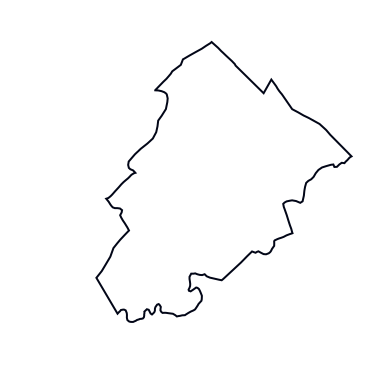 the district of Dangkao, Phnom Penh, Cambodia, rotated 315°
{"feature_id": "14789045B25120607736063", "entity_name": "Dangkao", "entity_type": "district", "adm_level": 2, "iso_a3": "KHM", "parent_name": "Cambodia", "parent_adm1": "Phnom Penh", "projection": "albers", "projection_center": [104.846, 11.473], "detail": "fine", "context": "isolated", "style": "outline", "palette": "ink", "viewbox_px": 384, "rotation_deg": 315, "n_neighbors": 0, "source": "geoboundaries", "source_scale": "gbopen_adm2", "svg_char_len": 3242}
<svg xmlns="http://www.w3.org/2000/svg" viewBox="0 0 384 384"><g transform="rotate(315 192 192)"><path d="M330.0,279.6L330.2,249.4L330.7,243.1L330.3,234.1L329.9,232.7L326.8,221.9L325.0,216.8L323.4,210.8L321.4,204.3L324.7,186.3L324.8,184.7L325.1,182.1L325.6,179.4L326.3,176.9L326.6,175.1L327.6,168.6L312.5,172.8L312.2,133.3L312.7,132.0L312.8,127.7L312.5,119.9L312.4,115.4L312.3,113.1L312.4,108.5L311.9,99.8L310.1,99.7L305.4,98.6L300.2,97.6L293.7,95.7L287.3,93.9L283.1,92.8L280.7,92.2L279.4,91.8L274.0,94.2L266.8,93.2L263.4,92.7L260.5,93.4L254.1,93.9L249.4,93.8L238.0,94.0L237.9,94.1L240.0,96.4L241.8,99.2L243.0,101.9L243.3,103.9L243.2,105.1L241.0,108.6L238.1,111.0L232.2,114.9L224.3,116.7L218.6,117.6L214.0,121.2L209.0,124.4L202.1,126.5L194.8,126.2L186.3,125.2L179.0,125.0L178.1,125.0L168.8,125.7L166.0,127.7L164.4,130.3L164.5,132.3L165.6,135.0L165.6,136.8L165.5,138.4L164.2,137.7L161.8,137.1L160.5,137.0L159.2,137.1L156.4,137.1L153.3,136.8L150.6,136.6L147.4,136.6L143.3,136.9L138.2,137.1L133.7,137.4L131.3,137.4L128.6,137.1L126.6,136.1L126.2,140.0L125.5,142.9L125.2,144.7L125.1,146.8L126.0,148.8L127.7,150.5L129.4,152.7L129.7,155.4L127.8,156.7L124.8,157.6L123.9,159.9L123.0,163.2L122.4,166.4L121.2,171.5L120.2,174.7L118.6,174.7L113.8,174.8L107.5,175.0L103.0,175.4L96.8,176.1L88.5,180.0L79.1,182.4L72.3,184.1L63.7,185.1L53.3,225.4L55.6,225.3L56.7,225.4L58.3,225.2L60.2,226.5L60.9,227.3L61.4,228.8L60.3,231.4L59.1,232.9L57.0,234.9L55.8,236.8L55.9,238.8L56.5,240.1L57.7,241.5L58.4,242.2L59.9,242.8L61.2,243.3L62.6,243.6L64.3,244.5L65.5,245.0L66.8,246.1L67.9,246.7L69.3,246.6L70.7,245.7L71.8,244.6L72.9,243.9L73.7,242.9L77.2,243.0L78.1,244.7L77.5,246.5L76.8,248.7L77.1,250.3L79.1,250.4L80.5,250.3L81.8,249.7L83.4,248.2L84.8,247.5L87.7,247.0L89.2,247.7L89.2,249.2L88.7,251.2L87.2,252.3L85.9,253.5L85.5,255.3L85.7,256.7L87.0,257.8L88.3,259.2L89.4,260.7L90.7,262.4L92.4,264.6L93.1,267.3L93.3,269.3L94.6,270.1L95.8,271.0L97.9,272.3L99.9,274.1L101.5,274.4L104.1,275.0L106.6,275.7L109.4,276.8L111.2,277.2L113.8,276.7L116.1,276.2L117.4,275.8L119.3,275.7L121.7,275.6L123.1,274.7L125.6,272.4L126.4,270.6L127.6,267.7L128.3,265.5L128.1,263.7L127.4,262.5L123.8,261.9L120.8,261.3L120.0,259.6L120.6,258.6L122.0,258.2L124.1,257.2L125.7,255.8L127.5,253.5L128.7,251.8L130.3,250.2L133.7,249.2L135.3,250.8L136.7,251.8L137.6,253.9L138.8,256.0L140.4,257.9L142.8,259.1L142.8,262.0L144.1,265.2L146.3,268.7L149.0,273.0L150.6,275.4L152.5,275.6L176.7,276.5L185.6,276.4L192.4,276.5L193.3,278.5L194.0,279.9L195.7,280.3L197.0,280.9L197.8,283.7L198.7,286.5L200.3,288.4L202.9,289.6L204.8,289.8L206.5,289.5L208.0,288.9L210.1,288.5L212.0,288.2L213.8,286.5L215.3,284.9L216.3,284.7L219.1,285.7L220.9,286.5L222.6,287.4L225.0,288.5L228.2,289.5L231.3,290.9L233.9,292.2L234.7,290.7L236.1,288.3L237.8,284.6L240.0,280.3L242.6,275.4L245.1,270.2L246.4,267.4L248.1,264.9L249.9,264.9L252.2,265.5L255.1,267.4L256.9,268.7L259.2,272.0L260.9,276.2L263.6,276.8L268.5,273.7L272.3,270.6L275.6,268.3L279.2,266.3L282.2,266.4L285.3,267.3L288.7,267.3L292.8,266.2L297.0,265.8L301.3,266.6L305.0,268.5L309.5,271.0L311.4,272.5L310.4,275.0L312.3,276.7L315.6,276.7L318.5,277.2L320.2,279.4L322.0,279.2L324.4,279.3L327.5,279.1L328.9,279.3L330.0,279.6Z" fill="none" stroke="#020617" stroke-width="2"/></g></svg>